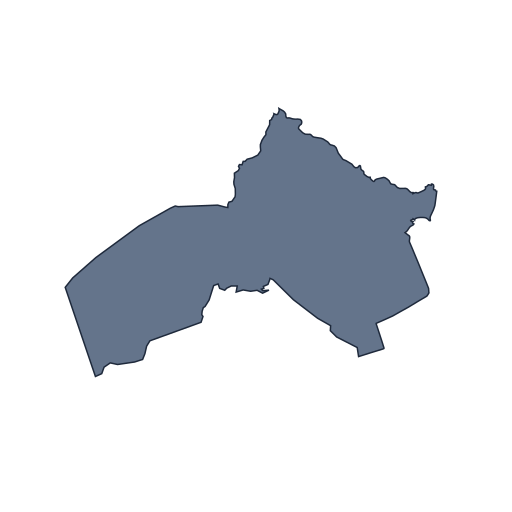 SVG path tracing the border of South Kazakhstan, rotated 250°
{"feature_id": "KAZ-3251", "entity_name": "South Kazakhstan", "entity_type": "Region", "adm_level": 1, "iso_a3": "KAZ", "parent_name": "Kazakhstan", "parent_adm1": "", "projection": "albers", "projection_center": [68.818, 43.271], "detail": "fine", "context": "isolated", "style": "filled", "palette": "slate", "viewbox_px": 512, "rotation_deg": 250, "n_neighbors": 0, "source": "natural_earth", "source_scale": "10m", "svg_char_len": 5588}
<svg xmlns="http://www.w3.org/2000/svg" viewBox="0 0 512 512"><g transform="rotate(250 256 256)"><path d="M383.5,321.6L382.3,322.9L381.7,324.0L382.0,325.1L384.1,327.1L385.2,327.7L386.8,328.0L385.0,329.5L383.3,331.0L382.3,331.6L381.3,332.1L380.3,332.3L379.3,332.5L378.1,332.1L376.8,331.8L376.2,331.9L375.6,331.9L375.2,332.4L374.8,333.0L374.7,333.6L374.5,334.3L374.2,334.8L373.9,335.3L373.2,336.2L372.5,337.1L371.9,338.2L371.3,339.4L370.8,340.7L370.4,342.1L369.8,343.1L369.3,344.2L368.5,344.6L367.7,345.0L367.0,344.9L366.4,344.9L365.8,344.6L365.3,344.4L364.9,344.0L364.4,343.6L364.2,343.0L364.0,342.3L363.8,341.8L363.6,341.4L363.2,340.9L362.8,340.4L362.3,340.1L361.8,339.7L361.4,339.7L361.0,339.6L358.4,340.8L355.9,342.0L354.7,343.0L353.6,344.0L353.0,345.4L352.4,346.9L352.2,347.5L352.0,348.2L351.7,348.6L351.3,348.9L350.9,349.2L350.5,349.4L350.0,349.6L349.5,349.8L349.1,350.0L348.6,350.3L348.3,350.7L347.9,351.1L346.1,354.3L344.4,357.4L343.7,358.2L343.1,359.0L340.9,360.7L338.7,362.4L337.2,363.0L335.7,363.5L335.3,363.9L334.9,364.2L334.5,364.8L334.2,365.3L333.4,366.3L332.6,367.3L331.5,367.8L330.4,368.3L327.4,368.4L324.5,368.5L320.9,369.6L317.3,370.6L316.8,371.0L316.4,371.4L315.6,372.3L314.9,373.1L312.2,375.3L309.5,377.5L308.0,378.0L306.5,378.5L305.8,379.0L305.0,379.5L304.7,380.5L304.4,381.4L304.5,381.8L304.6,382.2L305.0,383.0L305.5,383.8L305.5,384.2L305.5,384.5L305.2,384.7L304.9,384.9L303.3,384.6L301.7,384.3L301.3,384.5L300.9,384.6L299.9,385.2L298.9,385.9L298.5,386.0L298.1,386.0L297.3,385.8L296.5,385.5L296.1,385.6L295.6,385.7L294.2,386.6L292.7,387.5L292.1,388.2L291.4,388.8L291.2,389.6L290.9,390.3L290.4,390.1L289.9,389.9L289.4,390.1L288.9,390.2L287.6,390.8L286.4,391.5L286.2,391.6L286.0,391.8L285.8,392.1L285.7,392.3L285.8,392.6L285.9,392.9L286.1,393.2L286.4,393.6L286.5,393.6L286.7,393.9L286.8,394.0L286.9,394.4L286.9,394.8L287.0,395.4L287.0,396.0L286.6,399.4L286.2,402.8L285.9,403.2L285.7,403.6L285.3,404.1L284.8,404.5L283.9,405.2L283.0,405.8L282.0,406.3L281.0,406.8L279.9,406.9L278.7,407.1L278.2,407.3L277.6,407.4L277.3,407.9L276.9,408.4L276.3,409.5L275.6,410.7L273.8,411.5L271.9,412.3L271.2,413.2L270.4,414.0L269.4,416.8L268.4,419.7L267.9,420.4L267.3,421.0L265.7,421.8L265.2,422.0L264.0,422.5L263.3,423.0L262.5,423.5L262.2,424.4L261.9,425.2L261.7,425.0L261.4,424.9L261.2,424.8L260.9,424.7L260.9,425.1L260.9,425.5L261.0,426.3L261.1,427.1L261.0,427.4L261.0,427.8L260.8,428.2L260.6,428.6L260.3,428.8L260.1,429.0L259.9,429.7L259.8,430.3L260.0,433.3L260.3,436.3L260.5,436.9L260.7,437.6L260.9,437.9L261.1,438.2L261.4,438.3L261.6,438.5L262.3,438.6L263.0,438.8L263.0,439.3L262.9,439.7L263.0,440.2L263.1,440.6L263.3,441.0L263.5,441.5L263.7,441.9L264.0,442.3L263.9,442.5L263.8,442.8L263.2,443.8L262.5,444.9L263.0,445.2L263.6,445.5L263.4,446.0L263.2,446.4L262.6,446.8L262.1,447.1L261.4,447.0L260.6,446.9L259.5,446.3L258.5,445.8L258.2,445.7L257.8,445.7L257.6,445.9L257.3,446.0L257.2,446.3L257.0,446.7L256.8,446.9L256.6,447.2L256.2,447.1L255.8,447.1L255.5,447.4L255.1,447.8L255.0,448.0L248.6,444.7L244.4,442.5L242.2,441.3L240.4,439.9L238.6,438.4L236.2,436.0L233.7,433.5L232.9,433.0L232.1,432.5L231.0,432.3L229.9,432.1L229.8,431.9L229.6,431.8L229.7,431.5L229.8,431.2L230.0,431.0L230.2,430.8L231.2,430.4L232.1,430.0L232.6,429.6L233.0,429.3L233.5,428.8L233.9,428.4L234.2,427.9L234.5,427.4L234.9,426.5L235.3,425.6L235.7,424.4L236.1,423.3L236.4,422.1L236.7,420.9L236.7,419.8L236.7,418.8L236.5,418.4L236.3,418.0L236.1,417.8L236.0,417.6L235.8,417.5L235.6,417.4L235.8,417.3L236.0,417.2L236.7,416.7L237.3,416.3L237.2,416.2L236.9,416.0L236.6,416.0L236.7,415.6L236.8,415.3L236.8,415.2L236.7,414.4L236.6,413.6L236.0,413.7L235.4,413.7L235.0,414.5L234.6,415.3L234.4,414.9L234.1,414.6L233.7,414.5L233.4,414.4L233.1,414.6L232.7,414.8L232.4,415.0L232.1,415.3L231.7,414.7L231.4,414.1L231.2,412.7L231.0,411.4L230.7,410.7L230.4,410.1L229.3,408.5L228.1,406.9L227.9,406.5L227.7,406.1L227.3,405.0L227.0,404.0L226.3,404.4L225.6,404.9L224.0,405.9L222.5,406.9L221.9,407.0L221.4,407.0L220.8,406.8L220.3,406.6L219.1,406.0L218.0,405.4L217.4,405.2L216.8,405.0L209.9,405.4L202.9,405.7L198.6,405.9L191.7,406.2L186.0,406.4L178.1,406.7L172.9,406.9L166.6,407.1L164.4,406.5L163.5,406.2L162.2,405.9L161.0,404.4L159.9,402.9L157.9,392.3L155.8,381.7L154.4,372.9L152.9,364.0L152.2,355.0L151.6,345.9L151.4,345.8L151.1,345.7L150.9,345.7L150.7,345.7L150.3,345.7L150.1,345.7L143.7,345.5L138.0,345.3L132.1,345.1L125.8,344.8L125.5,344.7L125.3,344.5L125.3,344.1L125.2,343.7L125.9,329.8L126.4,318.0L131.4,319.0L135.4,319.8L152.3,304.1L160.4,300.3L165.0,302.3L176.4,292.6L202.1,276.2L227.8,264.0L230.2,261.5L228.8,260.6L225.2,257.5L224.9,252.5L222.9,252.3L223.0,249.7L221.1,250.5L219.5,256.5L218.8,249.5L223.4,245.3L224.7,238.9L228.5,232.3L228.9,225.0L234.2,228.1L236.3,222.5L235.8,217.6L234.5,214.9L238.0,210.8L242.7,210.8L242.7,206.1L230.7,196.9L226.0,190.9L225.5,188.8L222.5,186.5L219.4,185.0L217.3,185.5L212.5,181.7L212.6,127.3L208.7,122.4L202.2,118.2L197.6,114.1L197.9,105.7L201.4,88.8L205.4,82.5L203.5,75.2L198.2,70.8L197.7,63.9L291.8,66.0L298.1,76.3L309.3,105.0L324.4,156.7L330.2,191.8L330.6,197.2L329.0,199.7L316.9,237.4L312.4,243.9L311.2,246.1L314.0,247.2L315.9,249.0L315.6,252.1L318.8,256.6L321.0,257.7L326.5,259.6L330.9,259.8L333.3,260.5L337.0,262.6L341.2,264.0L342.3,268.6L344.1,270.5L346.2,270.2L347.6,271.7L346.5,274.1L349.3,276.3L348.7,278.2L350.0,280.8L349.5,286.0L350.2,292.2L353.2,296.4L357.0,297.4L359.2,298.2L362.8,301.3L365.1,304.3L366.6,306.8L369.2,307.7L374.7,313.7L378.6,315.2L378.9,317.3L380.2,318.1L380.5,319.0L383.3,321.6L383.5,321.6L383.5,321.6Z" fill="#64748b" stroke="#1e293b" stroke-width="1.5"/></g></svg>